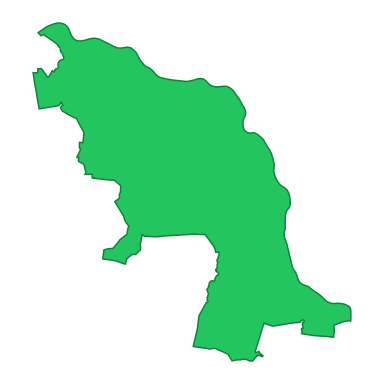 outline of Jaunsvirlaukas pag., Jelgava, Latvia
{"feature_id": "27541924B87431187138979", "entity_name": "Jaunsvirlaukas pag.", "entity_type": "district", "adm_level": 2, "iso_a3": "LVA", "parent_name": "Latvia", "parent_adm1": "Jelgava", "projection": "albers", "projection_center": [23.886, 56.567], "detail": "fine", "context": "isolated", "style": "filled", "palette": "green", "viewbox_px": 384, "rotation_deg": 0, "n_neighbors": 0, "source": "geoboundaries", "source_scale": "gbopen_adm2", "svg_char_len": 5812}
<svg xmlns="http://www.w3.org/2000/svg" viewBox="0 0 384 384"><path d="M66.8,26.1L65.2,24.7L62.8,23.6L60.5,23.1L57.7,23.0L55.4,23.5L53.0,24.2L49.0,25.7L46.2,27.1L39.7,31.6L38.1,32.6L38.6,33.6L39.7,34.4L40.6,35.4L41.0,35.7L41.5,35.7L43.2,34.6L43.7,34.6L46.7,36.9L52.6,40.8L56.6,43.8L57.6,44.7L58.3,46.3L59.8,47.5L60.2,48.1L60.3,48.9L60.3,50.4L60.4,50.9L60.7,51.6L62.2,53.6L62.9,55.1L63.8,57.9L63.7,58.6L63.4,59.2L63.2,59.4L62.7,59.6L61.1,60.0L60.3,60.3L59.1,61.5L58.3,62.7L58.2,63.2L58.0,64.3L58.4,66.9L58.2,67.6L57.9,68.2L57.3,68.7L56.8,68.9L55.6,69.2L54.7,70.0L54.5,70.7L54.5,71.7L53.9,71.7L52.9,71.4L52.2,70.7L50.6,73.9L49.7,75.2L49.3,76.3L49.1,76.4L48.1,77.0L47.5,77.1L42.0,69.1L41.1,68.6L37.8,68.8L37.7,72.8L33.1,72.7L33.6,76.0L33.8,77.4L34.8,84.2L35.5,87.6L39.1,108.9L58.8,105.6L59.8,104.5L61.2,102.3L62.0,103.7L62.1,103.9L62.9,105.3L61.6,106.0L60.9,106.6L60.5,107.5L60.5,107.8L60.7,108.3L62.3,110.9L62.5,111.1L63.6,111.8L69.2,115.0L71.5,116.3L76.3,118.5L77.1,119.7L80.6,126.6L81.4,127.9L82.1,129.2L83.7,132.0L83.9,132.9L84.0,133.6L83.8,134.4L83.1,141.1L82.8,142.7L79.5,142.4L79.4,143.7L79.4,148.0L80.6,148.6L79.5,152.1L77.0,156.7L77.0,157.4L78.8,157.5L78.4,160.6L78.4,160.8L78.7,161.3L79.0,161.7L83.0,163.8L83.5,164.2L83.9,164.9L84.1,165.4L85.7,171.6L85.7,172.1L85.5,173.6L85.0,174.4L92.1,174.3L92.3,176.0L92.2,177.9L93.9,178.0L93.7,178.2L93.8,178.3L110.3,180.1L113.3,180.1L113.8,179.8L120.7,185.7L120.4,192.2L119.3,194.6L119.5,197.4L119.2,198.4L115.6,200.9L114.8,201.7L123.6,216.1L125.0,220.8L126.5,223.2L129.0,226.4L128.2,227.3L127.0,233.4L126.7,234.5L119.8,239.8L118.2,242.2L113.4,248.0L112.4,248.4L107.5,248.9L104.2,249.8L103.9,250.0L102.8,258.9L115.1,260.7L125.3,264.2L126.8,258.7L132.1,254.5L135.3,254.6L140.2,250.3L140.5,249.4L140.6,248.9L140.5,246.7L140.5,246.3L140.4,245.1L140.5,243.7L142.1,234.6L144.5,236.3L156.2,236.8L160.8,236.4L163.6,236.0L186.1,234.7L195.7,234.0L196.1,234.3L205.2,234.6L210.0,241.1L211.1,242.8L211.7,243.4L213.4,245.7L214.2,247.2L214.9,248.9L215.3,249.9L215.6,252.3L217.2,252.4L218.7,252.0L219.1,252.9L218.8,255.0L218.3,256.4L218.3,257.5L217.7,258.2L217.0,260.4L217.0,260.9L217.2,261.2L217.2,261.6L217.4,261.7L217.6,261.9L217.7,262.5L217.7,263.0L217.2,264.2L217.1,264.9L217.3,265.9L217.1,266.6L217.0,268.1L217.0,268.4L216.8,268.3L216.4,268.8L215.7,269.7L215.7,269.9L215.8,270.3L216.3,270.4L216.4,270.6L216.1,271.0L216.2,271.4L216.4,271.7L217.2,271.7L217.6,272.0L218.1,272.7L218.6,273.2L218.6,273.6L218.2,274.9L217.7,275.0L217.4,275.4L216.8,275.6L216.7,275.9L216.3,276.4L215.7,277.0L215.2,278.2L215.1,278.9L214.9,279.2L215.1,279.7L214.9,280.2L214.6,280.6L213.8,281.4L213.5,281.5L213.1,280.9L212.9,280.8L211.8,280.8L210.7,281.2L210.2,281.5L210.3,281.9L210.2,282.4L209.6,282.6L209.2,283.1L209.2,283.8L209.0,284.6L208.9,285.3L208.5,285.8L208.4,286.3L208.9,286.7L207.1,289.1L207.0,289.4L207.0,289.7L208.5,294.2L207.2,297.3L207.2,300.2L207.9,302.0L206.2,302.9L206.3,303.0L205.8,303.5L204.9,305.1L199.2,315.3L198.9,316.4L197.4,328.7L193.3,345.9L193.3,346.5L207.2,348.5L209.2,349.1L214.5,348.3L215.5,348.6L227.8,354.0L232.1,360.9L236.7,359.9L241.0,359.8L242.5,359.2L245.6,359.2L248.7,360.5L249.6,361.0L252.9,360.9L254.9,358.1L257.0,356.1L257.2,355.6L258.0,355.5L260.1,355.6L261.4,356.5L262.2,355.9L262.6,356.4L263.0,355.9L262.3,355.2L259.2,352.7L259.0,351.4L255.9,352.6L255.2,351.5L259.6,337.4L263.9,323.3L272.8,326.2L291.5,323.1L299.8,322.3L300.1,321.9L300.7,321.6L301.2,320.9L303.0,319.9L303.7,319.9L304.2,320.6L304.1,321.3L303.7,321.9L302.9,322.4L302.4,323.3L302.4,324.1L302.6,324.7L302.5,325.5L303.1,327.3L303.1,328.1L302.9,328.3L301.9,328.4L301.5,329.0L301.5,329.8L301.7,330.6L301.9,331.2L302.1,332.8L302.1,333.4L301.8,333.7L313.9,335.6L326.7,336.5L333.5,337.2L334.3,331.9L334.1,328.2L333.9,325.3L334.2,325.1L344.1,321.5L348.3,320.9L349.8,320.4L350.7,321.1L350.9,317.7L350.8,310.4L350.6,309.3L350.0,307.5L349.3,306.7L348.2,305.9L346.7,305.2L344.8,304.3L343.4,303.9L341.8,303.6L337.7,303.2L334.9,303.5L332.4,303.4L330.4,303.1L328.5,302.3L326.7,301.4L320.1,295.2L312.8,290.2L308.5,286.7L307.3,286.1L303.2,284.8L301.1,283.5L300.3,282.8L299.4,281.8L298.6,280.4L298.1,279.3L297.5,277.7L297.1,276.0L296.0,273.1L293.0,268.5L292.5,267.2L291.4,263.0L290.9,260.5L289.6,255.8L288.9,252.3L287.6,247.2L287.2,245.0L286.8,244.2L286.0,241.5L284.9,238.6L284.5,237.1L284.0,234.2L284.1,232.5L285.0,229.6L285.2,228.1L285.2,221.4L285.4,215.7L285.5,214.4L285.8,213.0L286.1,212.1L287.1,210.1L288.7,208.3L289.6,206.8L289.9,206.0L290.1,204.7L290.3,201.6L290.2,200.3L289.8,197.2L289.3,194.9L288.7,193.1L287.9,191.5L287.3,190.4L286.7,189.6L284.5,187.7L281.9,186.1L280.0,184.7L277.8,181.8L276.4,179.3L275.0,176.2L274.5,174.7L273.8,172.1L273.8,170.8L273.9,168.6L274.2,166.1L274.0,163.4L273.0,158.8L271.0,152.6L269.8,150.1L267.5,147.0L263.5,139.9L262.6,138.8L259.5,136.0L257.1,134.2L256.0,133.6L254.3,132.9L252.8,132.7L251.0,133.0L249.1,133.0L247.5,132.6L246.2,131.9L245.1,130.9L244.3,129.8L243.7,128.4L243.3,126.7L243.0,124.6L243.0,123.2L243.1,121.1L243.9,118.1L245.0,116.2L245.4,115.1L245.7,113.2L245.6,111.7L245.3,110.3L244.3,108.1L243.2,106.0L241.6,103.4L239.6,99.7L238.1,97.4L236.7,95.7L234.4,92.2L232.9,90.4L231.7,89.2L229.5,87.6L228.1,86.9L226.7,86.4L225.2,86.2L223.6,86.3L217.0,86.9L214.4,86.7L212.5,86.2L211.0,85.5L209.7,84.7L207.8,82.9L206.0,80.9L205.3,80.3L203.4,79.0L201.0,78.6L198.7,78.7L196.5,79.2L194.5,79.9L191.2,80.7L189.1,81.1L187.1,81.4L185.5,81.4L171.7,79.9L166.0,78.9L161.5,77.9L158.7,76.8L157.1,75.8L152.8,70.9L151.6,69.7L149.3,68.0L148.3,67.7L146.1,66.5L145.1,65.9L144.0,64.9L141.2,61.4L139.7,59.3L136.2,52.6L131.4,48.1L127.9,47.1L121.7,48.0L117.7,48.0L113.9,46.5L99.3,39.1L94.3,38.2L90.2,38.7L83.9,40.5L80.9,40.9L79.7,41.0L78.2,40.9L76.3,40.4L74.8,39.6L73.3,38.2L72.3,36.8L71.3,35.2L69.3,30.3L68.5,28.6L67.7,27.3L66.8,26.1Z" fill="#22c55e" stroke="#15803d" stroke-width="1.5"/></svg>